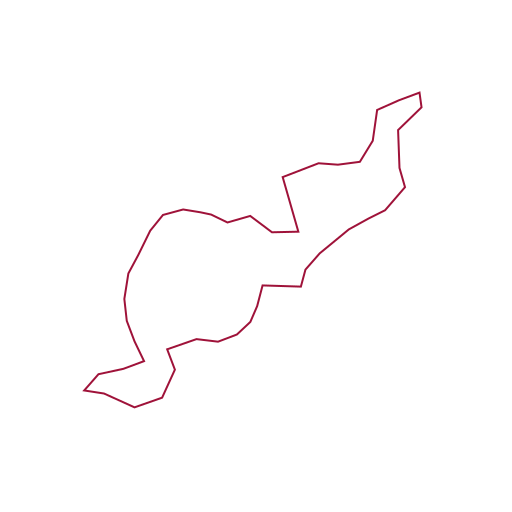 the district of Nisou, Nicosia, Cyprus, rotated 74°
{"feature_id": "46923920B45466837348284", "entity_name": "Nisou", "entity_type": "district", "adm_level": 2, "iso_a3": "CYP", "parent_name": "Cyprus", "parent_adm1": "Nicosia", "projection": "equal_earth", "projection_center": [33.387, 35.036], "detail": "fine", "context": "isolated", "style": "outline", "palette": "rose", "viewbox_px": 512, "rotation_deg": 74, "n_neighbors": 0, "source": "geoboundaries", "source_scale": "gbopen_adm2", "svg_char_len": 745}
<svg xmlns="http://www.w3.org/2000/svg" viewBox="0 0 512 512"><g transform="rotate(74 256 256)"><path d="M144.0,53.8L145.7,75.6L149.0,99.3L177.4,112.0L194.1,130.2L190.8,152.1L184.1,170.3L187.5,208.6L215.9,208.6L244.3,208.6L237.6,234.1L215.9,250.5L215.9,274.2L203.8,287.7L198.7,297.3L191.2,313.2L190.9,334.1L202.5,350.7L222.6,368.9L237.6,383.5L261.0,394.4L282.7,398.1L304.5,396.3L326.2,392.6L327.9,414.5L326.2,440.0L337.9,458.2L346.3,440.0L368.0,414.5L366.3,385.3L342.9,365.3L321.2,367.1L319.5,336.1L327.9,316.1L326.2,296.0L317.8,279.6L304.5,268.7L286.1,257.8L297.8,221.3L282.7,212.2L271.0,194.0L256.0,159.4L251.0,137.5L247.6,119.3L230.9,93.8L210.9,93.8L174.1,84.7L158.7,55.9L144.0,53.8Z" fill="none" stroke="#9f1239" stroke-width="2"/></g></svg>